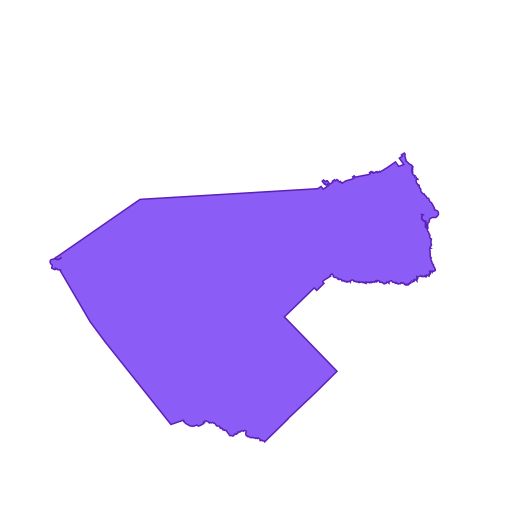 the district of Waratah-Wynyard, Tasmania, Australia, rotated 46°
{"feature_id": "25037944B19706345556765", "entity_name": "Waratah-Wynyard", "entity_type": "district", "adm_level": 2, "iso_a3": "AUS", "parent_name": "Australia", "parent_adm1": "Tasmania", "projection": "natural_earth1", "projection_center": [145.692, -41.307], "detail": "fine", "context": "isolated", "style": "filled", "palette": "violet", "viewbox_px": 512, "rotation_deg": 46, "n_neighbors": 0, "source": "geoboundaries", "source_scale": "gbopen_adm2", "svg_char_len": 6092}
<svg xmlns="http://www.w3.org/2000/svg" viewBox="0 0 512 512"><g transform="rotate(46 256 256)"><path d="M389.4,145.3L389.6,143.6L390.0,143.2L389.6,142.4L389.1,142.1L389.3,142.8L388.9,143.0L388.5,142.1L387.5,141.6L389.0,140.5L390.1,140.6L389.9,140.2L389.4,140.2L389.2,139.8L390.4,139.0L390.8,137.8L390.6,137.4L390.9,137.1L390.7,136.7L388.5,135.6L386.7,135.4L386.0,135.0L385.8,134.5L383.5,134.3L382.4,133.5L379.4,132.5L379.2,131.2L377.2,131.0L375.9,129.4L374.1,128.2L373.4,127.2L371.6,126.4L371.4,125.6L371.9,124.8L371.1,125.0L370.4,124.3L370.1,122.2L369.4,121.7L368.9,121.8L368.6,121.3L367.6,120.6L366.0,118.7L365.7,118.0L364.5,118.3L363.1,118.0L361.9,116.5L360.4,116.0L360.1,116.2L358.7,115.3L357.0,115.1L355.2,113.8L354.2,114.1L352.5,113.9L352.1,113.6L351.9,112.8L350.6,112.0L349.8,110.8L348.7,110.7L348.9,110.2L347.4,110.7L347.2,111.2L344.5,111.1L344.7,111.7L342.6,109.1L342.2,108.1L342.4,107.4L341.5,108.0L340.2,108.1L341.4,107.9L342.1,107.3L342.5,107.4L342.3,108.0L342.9,109.4L343.6,109.8L343.8,110.5L344.5,110.9L346.8,110.8L348.9,109.8L352.2,112.0L352.8,113.3L354.4,113.5L354.9,113.1L356.1,112.9L355.4,112.9L353.5,111.7L353.1,110.9L352.4,110.5L351.8,109.4L351.9,108.2L350.2,105.6L350.1,104.6L350.8,102.4L353.2,99.9L353.3,97.9L352.9,95.9L351.8,94.9L350.5,94.2L349.4,94.2L346.5,95.5L346.2,94.9L344.9,94.1L342.6,93.7L342.0,93.2L341.6,93.4L339.7,92.7L337.9,93.2L334.4,91.8L333.1,92.7L331.1,92.2L329.2,92.3L328.1,91.9L327.4,92.6L324.4,92.6L323.5,92.2L322.7,91.3L321.8,90.9L320.7,91.0L319.5,90.4L318.7,89.6L318.1,89.6L317.8,90.0L317.6,89.7L317.4,89.9L315.3,89.8L313.7,89.1L312.8,88.3L312.4,87.4L312.4,86.8L313.3,86.3L313.0,86.1L312.3,86.4L312.0,87.0L310.7,86.0L309.5,86.9L308.5,86.4L308.6,85.9L306.8,86.5L304.8,85.8L304.7,85.3L304.3,85.5L304.3,85.3L303.7,85.0L303.8,84.7L303.3,84.7L303.6,84.2L303.3,84.4L303.1,83.9L302.4,83.8L302.6,83.3L301.6,83.0L301.8,82.8L301.6,82.2L302.1,82.0L300.4,81.8L300.4,81.0L299.5,81.3L298.7,80.9L296.6,81.7L292.8,81.9L292.0,82.3L291.8,81.8L287.4,79.4L286.5,78.0L284.9,77.8L284.3,81.2L285.8,81.4L285.2,85.0L292.9,86.1L290.6,91.1L285.2,90.3L283.6,100.0L281.8,108.3L281.0,108.2L280.6,110.5L279.3,110.3L279.1,111.5L278.7,111.4L278.3,113.5L277.7,113.4L277.6,113.9L276.5,113.7L276.4,114.7L275.2,114.5L274.9,116.4L276.1,116.6L275.9,118.0L268.5,129.3L268.4,130.0L266.5,129.7L266.2,131.5L267.9,131.8L267.6,133.2L264.2,139.4L263.7,142.9L263.2,142.9L263.0,143.7L261.0,143.4L260.8,144.6L258.7,144.4L258.6,144.9L257.2,144.7L256.9,146.8L255.7,146.6L255.3,149.1L256.2,149.3L255.6,153.0L251.5,152.4L251.3,153.2L250.8,153.2L250.6,154.5L248.3,154.5L248.1,156.4L251.7,156.9L251.8,156.2L253.7,156.4L254.0,154.6L255.7,154.9L254.6,161.3L251.2,160.8L250.5,164.8L134.7,300.1L117.9,402.5L118.3,402.5L118.0,401.9L118.2,401.6L118.5,401.6L118.9,402.0L120.5,401.4L121.2,400.0L121.7,399.4L121.7,397.6L122.1,397.6L122.5,398.1L121.8,397.7L121.9,399.3L120.6,401.5L118.9,402.1L118.2,401.8L118.5,402.6L117.8,402.8L117.7,403.6L116.3,405.8L116.3,407.1L117.3,408.3L118.1,408.8L119.4,409.1L120.3,408.9L121.5,409.3L122.5,411.1L123.0,411.4L126.1,410.2L126.3,409.4L125.7,408.9L126.2,408.8L126.5,408.2L128.1,408.3L130.7,405.7L129.8,406.8L188.2,421.0L213.0,424.2L318.1,434.2L323.7,422.3L324.5,422.3L324.8,422.9L325.6,423.0L327.7,422.9L332.3,421.5L334.2,420.1L335.3,418.7L336.6,415.8L338.4,415.6L339.3,413.6L340.1,410.3L339.5,410.0L339.1,408.9L339.3,408.5L340.0,408.5L339.2,407.4L339.6,406.7L342.3,405.5L343.7,405.6L343.9,404.7L344.9,404.2L345.7,402.7L346.5,402.7L347.6,402.0L348.3,401.9L350.8,402.4L352.9,400.6L355.1,401.3L355.6,401.1L355.8,400.4L356.4,400.1L358.2,400.8L357.1,400.2L358.5,400.4L359.0,399.7L359.5,399.8L360.7,398.7L367.1,399.6L368.4,398.2L369.2,397.9L369.8,397.1L369.2,395.4L369.6,394.0L370.4,394.3L370.8,392.4L370.6,391.6L370.1,391.2L371.5,389.9L371.2,388.9L372.8,386.7L373.4,386.7L373.5,385.6L374.0,385.0L375.2,384.7L375.8,385.2L376.3,386.6L377.2,387.2L378.3,387.7L378.5,387.4L379.9,387.6L380.8,386.6L382.5,386.3L383.8,385.2L383.9,384.5L385.4,384.0L386.3,382.9L387.1,382.9L387.3,382.0L388.3,381.8L388.5,380.8L390.8,380.4L391.4,380.6L391.6,381.2L392.4,380.5L392.5,379.7L393.6,379.6L395.0,378.5L395.7,378.8L395.5,348.5L395.5,346.5L395.2,346.5L395.6,307.3L395.2,277.8L319.5,277.9L319.4,236.3L322.9,236.3L323.0,235.6L322.9,226.1L320.8,226.1L320.7,225.9L320.7,224.0L322.3,216.3L321.4,216.1L321.7,213.8L323.6,213.8L324.4,214.6L325.7,214.5L328.1,212.7L328.7,212.6L329.1,213.2L330.6,212.7L330.5,212.2L330.9,211.6L332.8,210.9L333.3,211.4L333.8,211.3L334.2,210.6L334.6,210.6L334.9,209.7L336.2,209.8L337.0,208.9L337.8,208.8L337.6,208.1L338.5,207.9L339.1,206.4L339.6,206.1L340.3,206.2L339.4,205.0L340.1,203.3L341.9,202.7L342.4,203.1L343.0,202.2L344.1,202.1L344.8,200.8L345.8,200.8L346.0,199.8L346.8,200.2L348.1,197.9L349.0,197.8L349.1,197.1L349.6,197.3L351.7,196.1L350.7,195.9L350.6,195.5L351.8,194.6L352.1,194.8L352.2,194.0L353.0,193.7L353.1,193.0L354.0,193.0L354.5,192.4L354.3,191.7L355.2,191.6L355.1,190.6L355.8,190.6L356.3,189.4L356.7,188.9L357.1,189.0L357.3,188.6L356.9,187.8L358.4,187.2L358.4,186.6L357.9,186.9L357.3,186.6L357.9,185.6L358.7,185.5L359.0,185.0L360.1,184.6L360.9,185.2L362.6,183.5L363.7,183.5L364.4,183.1L364.9,183.3L365.5,182.7L365.3,182.0L366.0,181.4L365.6,179.7L368.0,179.3L366.9,178.3L367.4,176.0L367.9,175.7L369.9,175.9L371.0,174.9L371.5,174.8L371.8,174.3L372.4,174.6L372.5,173.6L373.5,173.8L374.4,173.1L375.0,173.2L375.3,172.2L376.2,171.5L376.3,170.9L375.9,170.5L376.7,169.4L377.2,169.6L377.5,169.0L378.6,168.4L379.6,169.0L380.6,167.7L381.1,168.3L382.6,166.5L382.6,166.2L381.9,166.3L381.7,166.0L381.9,165.6L382.5,165.6L382.1,164.0L383.0,163.7L382.1,161.8L383.4,161.5L383.4,160.8L384.0,160.0L383.0,159.7L383.3,159.1L382.8,159.0L382.9,158.4L384.4,157.7L385.7,157.6L385.1,157.2L384.8,156.2L384.5,156.7L384.1,156.5L384.3,155.4L383.9,154.7L383.5,154.6L382.8,155.1L382.4,154.5L383.4,154.3L384.7,151.6L384.7,151.0L385.5,151.1L385.7,151.7L385.9,150.4L386.8,150.4L387.5,149.2L387.5,148.4L388.3,148.7L389.2,148.3L389.0,147.3L388.5,147.7L388.2,146.9L387.5,146.6L388.8,146.6L389.6,145.8L390.7,145.5L390.4,145.0L389.4,145.3Z" fill="#8b5cf6" stroke="#5b21b6" stroke-width="1.5"/></g></svg>